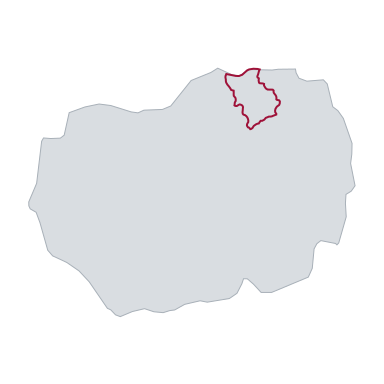 where Bitola sits in North Macedonia, rotated 183°
{"feature_id": "MKD-2896", "entity_name": "Bitola", "entity_type": "Statistical Region", "adm_level": 1, "iso_a3": "MKD", "parent_name": "North Macedonia", "parent_adm1": "", "projection": "mercator", "projection_center": [21.29, 41.04], "detail": "fine", "context": "in_parent", "style": "outline", "palette": "rose", "viewbox_px": 384, "rotation_deg": 183, "n_neighbors": 0, "source": "natural_earth", "source_scale": "10m", "svg_char_len": 2643}
<svg xmlns="http://www.w3.org/2000/svg" viewBox="0 0 384 384"><g transform="rotate(183 192 192)"><path d="M171.1,82.8L178.2,83.8L193.5,79.4L203.1,73.3L208.0,72.4L214.5,70.0L223.8,70.4L233.3,73.0L245.3,69.5L257.1,63.8L261.9,65.3L267.0,70.1L270.4,71.4L290.0,97.0L300.7,107.3L313.4,115.1L327.8,120.9L333.0,126.3L342.2,153.4L346.6,163.6L352.7,166.7L354.2,169.6L354.5,173.5L347.6,192.5L344.8,234.8L343.1,238.2L335.9,238.0L326.3,238.9L322.6,242.1L318.8,264.8L303.4,271.3L289.4,275.0L277.6,274.1L256.9,268.8L250.1,268.2L244.3,271.2L225.8,272.9L217.7,276.8L198.7,303.3L179.3,312.4L172.8,317.0L158.0,311.1L150.9,310.5L140.7,317.3L118.3,318.0L112.3,319.1L95.1,320.2L94.3,316.5L91.1,311.2L83.1,308.7L66.7,310.9L62.6,307.0L55.9,284.5L50.6,280.9L44.7,273.4L34.7,248.9L34.4,238.2L35.1,228.8L29.5,206.8L33.0,201.2L38.1,197.7L38.2,188.8L36.7,175.3L42.8,148.8L44.5,146.8L46.0,148.1L60.8,150.2L64.6,146.9L67.1,141.6L67.9,122.1L71.4,113.1L107.2,95.9L117.7,95.3L125.8,103.2L132.2,108.2L136.0,108.1L137.4,103.0L141.8,93.2L149.1,87.6L170.9,82.8L171.1,82.8Z" fill="#d9dde1" stroke="#a8b0b8" stroke-width="1"/><path d="M163.9,311.6L154.2,310.2L151.1,310.3L148.0,311.7L143.4,316.3L141.4,317.4L137.1,318.3L132.8,318.3L130.8,317.9L131.2,316.8L131.4,316.5L131.8,314.6L132.2,312.7L132.6,311.7L132.8,310.6L132.5,309.8L131.2,309.0L131.3,306.8L130.8,304.7L130.1,304.2L128.3,304.1L127.0,304.1L125.7,303.7L125.7,302.3L125.1,301.2L123.7,299.3L122.0,298.3L120.3,298.3L118.1,298.4L116.7,298.4L115.8,297.6L115.8,296.3L115.5,295.3L114.6,294.2L113.6,293.1L112.9,291.9L112.6,290.5L112.6,288.9L112.1,288.5L109.8,288.1L109.0,287.1L109.0,285.1L109.5,283.5L110.5,282.7L111.8,281.6L113.0,279.4L113.3,277.5L113.0,275.9L111.9,274.6L111.9,273.7L113.3,273.1L115.1,272.3L116.2,271.7L117.8,271.4L119.2,271.3L120.8,270.5L122.2,269.9L123.6,268.0L125.6,266.8L127.2,266.7L128.2,265.2L128.9,263.9L130.0,263.7L131.5,263.0L133.8,261.2L135.0,259.0L136.2,258.1L136.4,258.0L137.1,257.8L137.8,258.7L138.7,259.4L139.5,259.5L140.6,261.1L140.6,262.5L140.1,263.7L139.5,264.7L139.5,266.3L139.9,267.8L140.6,269.3L141.7,270.6L143.0,271.5L144.7,272.0L145.4,272.8L145.7,273.9L145.7,275.0L145.6,276.3L145.6,277.8L145.5,279.5L145.9,280.4L146.5,281.1L147.5,281.6L148.5,281.9L149.2,281.9L150.5,281.1L151.4,280.4L152.0,280.2L152.9,280.2L153.9,280.5L154.2,280.8L154.0,281.5L154.0,283.2L153.7,284.2L153.2,285.0L153.1,286.2L153.4,287.9L153.8,288.6L154.4,289.2L155.3,290.2L155.5,291.8L155.6,294.1L155.7,295.4L157.2,295.7L158.4,296.1L159.0,297.3L160.6,299.3L162.3,301.1L163.6,303.1L164.0,304.5L164.1,306.1L164.6,308.1L164.6,309.6L164.5,309.8L163.9,311.6L163.9,311.6Z" fill="none" stroke="#9f1239" stroke-width="2"/></g></svg>